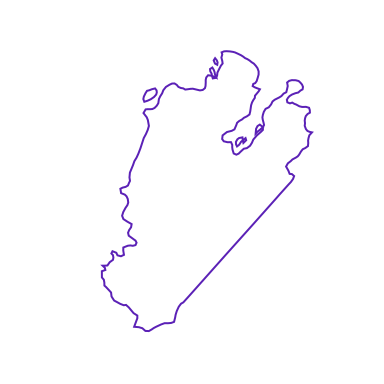 outline of Curuçá, Pará, Brazil, rotated 26°
{"feature_id": "56859067B29190348828298", "entity_name": "Curuçá", "entity_type": "district", "adm_level": 2, "iso_a3": "BRA", "parent_name": "Brazil", "parent_adm1": "Pará", "projection": "albers", "projection_center": [-47.873, -0.754], "detail": "fine", "context": "isolated", "style": "outline", "palette": "violet", "viewbox_px": 384, "rotation_deg": 26, "n_neighbors": 0, "source": "geoboundaries", "source_scale": "gbopen_adm2", "svg_char_len": 4187}
<svg xmlns="http://www.w3.org/2000/svg" viewBox="0 0 384 384"><g transform="rotate(26 192 192)"><path d="M159.0,78.8L155.3,80.0L154.6,82.8L155.2,85.3L156.3,87.5L157.7,90.8L158.1,93.0L156.9,95.6L154.6,97.2L152.4,97.7L147.5,98.8L145.5,99.9L143.3,101.4L141.0,102.9L138.7,102.7L136.4,103.4L133.7,103.5L131.3,102.4L128.7,102.1L126.5,103.3L124.8,105.4L122.5,109.0L121.6,113.1L121.9,116.4L121.5,119.9L121.5,122.9L122.8,127.0L122.5,129.9L121.5,132.9L120.0,134.8L118.0,136.0L116.0,136.9L114.1,138.1L113.8,142.3L118.6,144.7L120.8,146.7L124.3,151.5L125.0,155.6L125.2,160.1L125.0,164.7L126.5,175.4L127.0,181.2L127.1,185.4L126.7,189.6L127.2,193.7L127.7,201.8L129.4,206.3L131.4,209.2L131.4,211.6L131.6,214.2L130.1,216.5L127.7,218.5L126.2,220.5L128.8,224.1L132.8,223.8L135.1,224.6L137.3,226.4L139.3,229.4L139.7,232.1L139.2,235.4L139.0,240.1L139.6,244.0L142.2,246.4L146.9,247.0L151.8,247.3L152.7,250.4L152.2,253.7L152.4,256.7L154.3,259.0L157.7,259.6L162.6,260.5L164.4,261.9L164.5,264.5L162.4,266.3L160.1,267.0L157.9,268.4L154.6,272.0L155.9,274.8L158.4,278.3L156.3,280.9L152.8,281.6L150.6,279.8L146.5,280.1L146.5,282.6L148.6,283.4L150.1,285.4L150.7,287.6L148.8,291.2L148.2,295.1L146.2,296.3L144.0,297.4L147.0,298.4L148.3,300.1L145.7,302.7L148.5,308.3L151.2,309.5L152.9,311.8L154.3,314.5L156.4,315.1L159.8,316.4L163.3,317.8L165.5,321.2L169.6,323.7L172.6,323.8L176.5,324.0L180.3,323.7L182.2,322.4L185.7,323.4L192.6,326.5L197.0,327.0L198.2,329.4L199.1,338.5L203.5,336.8L207.1,336.2L211.0,337.3L214.2,335.9L216.1,333.1L217.2,331.1L218.8,328.9L222.2,324.7L224.8,322.0L227.9,320.5L230.7,318.8L232.8,316.6L231.9,312.3L231.1,309.5L230.5,305.7L230.4,300.9L231.1,297.2L232.6,295.0L235.6,284.5L237.6,277.4L250.0,233.2L260.9,194.9L270.6,160.3L271.7,156.2L275.5,142.9L276.5,139.7L277.1,136.0L276.8,132.9L273.9,132.1L271.8,132.9L269.2,130.5L265.4,127.9L265.6,124.2L267.2,121.0L268.0,118.7L270.3,115.5L271.4,113.6L271.9,111.6L272.2,107.8L272.8,105.0L274.5,102.9L276.1,99.9L275.0,97.0L273.8,94.9L273.1,92.5L272.6,89.6L273.7,85.8L271.3,86.4L269.0,86.5L266.8,85.5L264.3,83.1L263.4,80.6L262.0,78.4L261.3,76.1L261.0,73.9L261.7,71.2L263.2,69.0L262.0,66.8L260.3,65.0L257.2,65.5L253.6,67.3L250.9,67.9L247.4,67.7L245.3,67.9L242.9,67.7L241.2,69.4L238.4,69.6L236.8,67.5L237.0,65.2L237.6,63.1L239.2,60.5L241.6,57.9L243.9,56.0L245.0,53.3L246.4,51.3L245.7,48.9L243.8,47.2L241.5,46.2L239.2,45.5L236.2,46.1L232.7,47.7L230.6,49.5L229.5,51.9L231.6,54.8L232.4,58.1L233.0,61.0L231.2,63.4L230.3,66.6L229.0,68.7L227.4,70.8L225.9,72.8L224.7,75.3L224.7,78.6L223.9,82.2L221.7,85.0L221.4,88.4L221.9,91.7L222.6,94.1L223.9,96.0L225.8,98.2L227.4,100.2L227.3,102.6L228.5,105.1L227.6,107.7L225.5,112.7L224.1,118.0L224.3,121.5L223.9,125.0L222.1,128.5L219.6,130.4L218.0,134.5L217.1,137.1L215.5,139.0L212.6,139.1L209.8,136.1L208.5,134.1L207.5,132.0L205.2,130.1L202.0,131.7L198.3,132.5L195.9,131.2L194.7,127.7L197.1,122.8L200.9,119.6L202.7,117.1L202.6,114.9L202.5,112.6L202.2,110.0L203.3,107.5L205.2,104.8L206.1,102.6L208.2,99.9L209.7,97.1L209.0,94.0L208.1,91.2L207.1,88.1L206.7,85.2L206.8,82.5L207.2,79.9L206.4,77.8L207.0,75.5L207.8,72.2L208.0,69.9L205.2,70.2L202.5,70.4L200.1,70.2L199.7,68.0L201.1,66.4L201.5,64.0L201.0,60.6L200.4,57.3L199.0,54.4L196.6,52.0L194.0,50.6L191.3,49.5L188.7,49.2L186.2,48.6L183.5,48.3L181.0,48.4L178.8,47.9L176.2,47.6L172.5,47.6L169.4,47.7L167.4,48.1L164.5,49.0L161.3,50.3L159.2,51.5L157.4,53.5L158.9,55.1L159.5,58.3L161.8,61.0L163.2,63.1L162.6,65.7L162.5,69.9L162.5,73.6L163.4,75.9L163.8,78.7L160.9,80.8L159.0,78.8ZM112.0,129.5L114.3,126.7L116.2,123.3L117.1,120.1L116.7,117.9L115.6,116.2L113.4,115.1L110.8,117.3L109.0,119.3L107.2,120.8L106.9,123.6L106.9,127.3L107.5,129.8L109.6,131.8L112.0,129.5ZM215.0,123.3L213.4,120.8L210.7,122.8L209.7,124.7L209.5,127.7L210.7,129.9L212.5,131.3L213.7,128.8L214.1,125.3L215.0,123.3ZM163.8,78.7L161.1,76.2L159.6,74.2L158.0,72.7L155.7,71.2L154.3,73.6L155.5,75.5L157.7,77.0L159.0,78.8L163.8,78.7ZM227.3,102.6L223.4,101.7L222.0,104.0L221.9,107.1L223.6,111.6L224.6,108.6L225.7,106.5L227.3,102.6ZM158.2,64.3L156.6,62.8L154.1,61.6L153.8,64.2L156.4,66.5L158.9,66.6L158.2,64.3ZM215.0,123.3L216.7,125.4L218.0,121.7L216.5,120.1L215.0,123.3Z" fill="none" stroke="#5b21b6" stroke-width="2"/></g></svg>